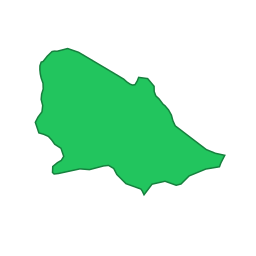 an SVG outline of Çankiri, rotated 194°
{"feature_id": "TUR-3009", "entity_name": "Çankiri", "entity_type": "Province", "adm_level": 1, "iso_a3": "TUR", "parent_name": "Turkey", "parent_adm1": "", "projection": "robinson", "projection_center": [33.484, 40.685], "detail": "fine", "context": "isolated", "style": "filled", "palette": "green", "viewbox_px": 256, "rotation_deg": 194, "n_neighbors": 0, "source": "natural_earth", "source_scale": "10m", "svg_char_len": 1025}
<svg xmlns="http://www.w3.org/2000/svg" viewBox="0 0 256 256"><g transform="rotate(194 128 128)"><path d="M29.7,114.3L29.9,112.5L42.6,107.0L57.1,96.3L63.0,86.5L67.4,84.1L79.2,85.3L91.1,79.3L96.3,67.1L99.1,70.5L100.8,71.9L116.5,73.5L127.6,80.2L132.1,85.3L137.8,87.0L142.5,85.3L155.3,78.3L164.8,76.7L184.5,67.0L188.6,65.5L190.5,66.6L191.7,72.4L188.1,77.3L184.9,80.4L183.5,84.9L188.1,92.1L195.2,94.5L199.1,97.9L203.2,100.6L208.2,101.5L213.3,101.7L219.3,111.1L217.9,116.9L215.4,122.9L216.2,129.2L219.2,134.8L220.0,140.0L219.7,145.3L221.3,150.9L224.4,155.6L226.2,159.3L227.6,163.2L228.5,167.0L228.2,170.9L226.5,172.0L223.7,178.2L220.2,183.8L218.0,184.8L215.4,185.3L205.8,190.5L194.3,189.5L160.6,179.4L144.0,174.4L140.3,172.4L136.4,171.0L133.9,170.8L131.7,171.7L130.4,175.9L129.9,179.7L120.9,180.7L112.8,174.8L111.4,169.7L108.8,165.9L105.0,163.8L99.7,159.5L97.6,158.6L93.0,155.3L89.0,151.0L86.2,145.9L82.7,141.5L46.8,126.0L37.2,124.6L27.5,124.9L29.4,116.8L29.7,114.3Z" fill="#22c55e" stroke="#15803d" stroke-width="1.5"/></g></svg>